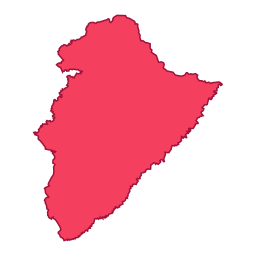 Alvarado, Tolima, Colombia (Albers equal-area conic projection)
{"feature_id": "7082276B11869280897475", "entity_name": "Alvarado", "entity_type": "district", "adm_level": 2, "iso_a3": "COL", "parent_name": "Colombia", "parent_adm1": "Tolima", "projection": "albers", "projection_center": [-75.005, 4.576], "detail": "fine", "context": "isolated", "style": "filled", "palette": "rose", "viewbox_px": 256, "rotation_deg": 0, "n_neighbors": 0, "source": "geoboundaries", "source_scale": "gbopen_adm2", "svg_char_len": 5656}
<svg xmlns="http://www.w3.org/2000/svg" viewBox="0 0 256 256"><path d="M86.1,28.1L85.8,29.8L86.7,31.4L85.6,35.3L82.3,37.0L81.3,37.1L80.8,38.3L78.9,39.4L77.2,39.5L75.5,40.6L73.1,40.0L72.3,41.3L71.2,40.4L70.6,42.1L71.7,43.1L70.9,44.1L69.9,44.5L69.2,43.5L68.5,44.2L68.7,45.1L67.2,45.4L66.8,46.1L65.5,45.0L63.9,44.7L62.5,45.9L61.6,46.0L60.0,47.8L59.1,49.0L59.4,50.5L57.8,51.5L58.5,52.8L58.2,54.0L63.5,60.3L61.5,61.6L61.2,63.1L60.1,62.8L57.7,63.6L56.5,64.8L58.5,66.6L60.6,67.6L62.6,72.1L63.0,71.3L64.4,71.1L64.9,70.1L66.7,70.1L66.8,71.1L68.9,70.9L69.3,69.4L69.7,69.1L72.5,69.6L73.4,69.0L76.5,69.8L78.1,69.5L79.2,70.7L81.8,71.1L82.3,71.7L80.5,72.4L80.9,73.6L80.6,73.7L79.4,73.4L78.2,73.9L76.7,73.2L75.4,75.6L74.1,76.8L74.4,77.6L74.1,77.9L72.7,77.5L72.0,76.6L70.6,76.8L69.9,75.5L68.5,75.6L67.0,76.4L67.0,77.2L68.3,78.5L67.7,79.4L68.4,81.2L67.6,84.2L66.7,85.1L68.1,85.7L68.1,86.3L66.1,87.9L65.3,88.0L63.7,89.6L62.4,88.9L62.2,90.7L61.0,90.5L60.7,92.1L59.4,92.7L59.3,93.4L60.0,94.5L61.9,94.9L61.6,97.4L61.3,97.5L60.0,95.9L57.6,98.1L57.8,100.2L56.0,101.0L55.0,99.6L54.3,99.7L53.8,100.4L53.7,102.9L53.2,103.7L53.3,104.6L52.3,105.4L51.7,107.2L52.1,108.6L51.3,108.8L51.5,109.6L50.8,110.9L52.8,111.4L53.0,111.8L52.3,112.4L54.4,114.3L54.4,114.9L53.2,115.1L52.4,116.1L52.9,116.9L54.2,116.9L54.8,117.5L54.5,118.3L53.3,118.6L53.7,119.6L53.5,120.7L50.8,121.8L50.2,120.6L48.3,121.1L46.9,120.5L46.1,121.8L47.3,124.1L44.2,123.9L43.5,124.4L42.7,124.0L42.6,124.9L41.5,125.4L42.1,126.2L42.0,126.7L41.6,127.0L40.6,126.4L40.1,127.9L38.5,129.6L38.9,130.2L38.6,131.5L37.2,132.9L35.2,132.0L34.8,132.2L35.1,132.8L33.9,132.6L34.9,134.6L35.7,134.5L35.6,134.9L37.5,135.5L38.4,136.3L38.2,138.6L38.6,139.5L41.2,141.6L41.4,142.5L42.7,143.4L43.2,144.6L45.2,146.9L45.4,149.1L53.3,150.6L51.8,150.5L51.4,151.4L54.6,151.2L55.6,151.6L55.2,152.1L52.7,152.7L52.4,153.1L54.2,155.5L54.8,157.1L54.5,158.5L53.1,159.9L52.9,160.9L52.9,163.1L54.6,164.0L54.9,164.7L53.6,166.8L53.9,171.1L53.5,174.5L51.1,178.2L48.5,183.3L48.3,184.6L49.3,185.9L46.4,187.1L44.5,188.3L45.2,189.7L45.4,192.3L46.0,193.7L48.2,196.2L48.6,197.3L47.1,197.3L46.2,197.8L44.8,199.5L44.5,200.6L45.5,201.7L45.3,203.1L46.4,205.1L47.0,209.0L48.6,209.8L47.6,212.1L47.8,215.4L48.6,216.2L48.5,216.9L49.4,218.0L51.5,219.0L51.5,218.1L53.1,217.0L53.4,218.5L55.3,219.5L57.8,223.1L60.1,227.1L60.9,229.8L58.4,232.1L58.2,233.0L59.7,234.9L60.4,236.9L63.1,238.5L64.1,240.6L66.3,239.7L67.2,240.3L67.8,239.2L68.4,239.9L69.1,239.6L69.7,240.1L70.4,239.3L71.1,239.7L72.8,238.8L73.4,239.3L74.1,238.6L75.3,238.7L75.3,237.8L78.1,237.4L79.1,236.6L78.7,236.0L79.8,236.0L79.8,235.4L81.1,234.6L81.5,233.1L82.4,233.5L82.8,232.3L83.5,232.7L84.2,232.4L85.7,230.3L86.9,230.3L87.3,231.1L87.7,231.0L87.6,229.9L88.1,228.9L89.2,228.4L89.1,227.9L90.0,228.1L89.6,227.4L90.4,227.1L90.3,226.4L91.6,226.2L91.7,225.9L91.2,225.5L91.8,225.3L92.1,223.8L93.6,223.4L93.5,222.7L94.2,221.4L94.7,218.9L95.9,218.6L96.8,219.0L97.7,218.2L98.7,219.2L99.8,218.3L100.1,217.3L100.7,218.5L102.1,218.0L102.8,218.6L102.6,217.0L104.1,217.5L104.7,216.7L105.2,216.8L105.3,217.8L106.8,216.7L106.2,215.7L108.2,215.9L108.9,214.2L112.4,213.1L112.3,211.6L113.1,211.8L113.2,210.6L114.1,209.9L113.8,209.0L115.3,208.6L115.3,206.9L116.2,206.8L116.9,207.8L117.6,207.9L119.6,206.8L119.2,206.0L119.8,205.4L122.9,204.0L122.5,201.7L124.0,201.4L125.4,200.1L126.0,198.0L127.2,198.2L126.8,197.3L127.8,196.5L128.2,193.9L129.8,191.5L129.5,189.2L130.9,188.5L130.5,186.3L131.7,186.7L132.5,186.3L132.8,184.4L134.7,184.1L136.2,184.5L137.0,182.5L138.1,181.2L137.9,180.6L136.6,179.7L136.5,179.1L137.4,178.4L138.7,179.0L140.1,178.6L139.9,176.9L141.3,175.4L141.0,174.0L141.4,173.2L145.5,171.9L145.7,170.3L147.2,169.1L150.6,169.1L150.8,165.2L153.8,162.8L154.7,162.8L155.6,164.3L156.7,163.4L158.3,164.3L160.6,162.0L160.6,161.5L159.9,160.6L161.2,159.6L162.9,160.1L163.4,161.6L164.3,161.5L163.7,158.9L165.4,154.7L165.1,152.2L166.9,152.7L168.9,152.6L171.0,149.5L172.0,145.7L172.7,145.5L174.5,146.0L175.2,145.1L176.2,145.6L178.6,144.3L178.0,142.9L179.1,142.7L181.4,140.8L180.9,140.1L181.5,138.6L181.5,136.4L182.4,136.8L183.0,138.1L183.5,138.0L184.4,136.5L186.1,137.7L186.6,137.6L185.6,134.3L186.9,133.5L188.3,133.4L188.5,132.8L187.0,131.4L188.7,131.0L189.7,131.8L190.6,130.6L190.4,129.4L189.1,129.7L188.7,128.6L189.7,128.3L191.9,128.6L193.4,128.2L195.4,124.8L195.4,123.9L198.1,123.4L197.9,122.4L196.0,120.8L197.5,118.0L199.3,117.3L200.2,116.4L203.2,115.7L201.2,113.1L201.5,111.7L203.0,110.8L203.9,108.9L203.6,108.5L202.1,108.1L202.1,107.6L204.8,104.7L206.4,104.9L207.2,104.5L208.7,98.3L209.7,98.2L210.1,99.4L211.3,99.4L212.2,98.0L211.7,97.1L213.7,96.2L213.4,94.9L214.3,94.8L216.6,93.3L216.5,92.5L214.9,92.7L214.4,91.8L213.1,91.5L217.0,90.6L216.7,88.3L218.3,87.4L218.5,84.6L219.6,84.2L220.8,85.5L222.0,84.8L222.1,84.2L220.0,82.4L218.9,82.0L212.5,82.7L210.8,83.4L208.9,82.2L207.2,82.7L206.0,82.7L205.4,81.5L204.7,81.0L203.6,81.7L201.9,80.8L199.3,80.7L197.5,78.5L196.9,76.9L197.7,75.2L195.6,73.7L192.5,74.3L190.8,73.8L188.9,74.4L187.3,72.7L186.6,72.8L185.9,73.2L184.9,75.1L181.4,76.2L175.7,75.2L174.7,74.5L173.1,72.3L166.8,70.9L165.3,69.3L163.9,68.7L163.4,67.8L164.2,64.3L163.7,63.1L162.7,62.3L161.2,61.9L158.6,62.3L156.3,55.5L151.4,52.3L151.9,50.0L150.6,48.9L150.1,47.6L150.2,43.8L147.3,42.8L145.2,42.5L143.3,40.9L140.8,40.7L140.5,39.0L139.8,38.2L140.1,35.2L138.7,32.8L138.9,30.9L137.6,26.3L137.8,24.4L137.0,23.8L135.3,24.0L135.0,22.2L134.3,21.2L129.5,18.4L126.6,17.7L125.5,15.6L116.9,15.4L113.5,17.6L112.9,18.7L112.8,20.4L110.9,22.5L109.8,22.0L109.3,19.3L108.3,18.8L106.7,19.8L99.3,22.1L97.3,22.1L95.9,23.4L93.3,22.4L90.3,22.6L88.5,23.9L88.0,25.6L86.9,26.4L86.8,27.5L86.1,28.1Z" fill="#f43f5e" stroke="#9f1239" stroke-width="1.5"/></svg>